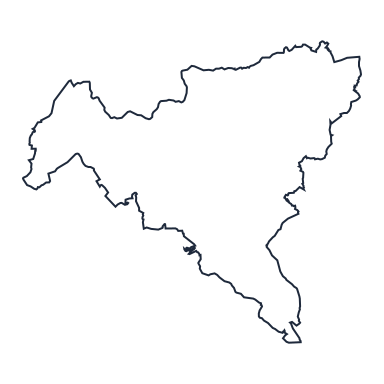 Poiana Blenchii, Salaj, Romania (Mercator projection)
{"feature_id": "2599482B10534367656456", "entity_name": "Poiana Blenchii", "entity_type": "district", "adm_level": 2, "iso_a3": "ROU", "parent_name": "Romania", "parent_adm1": "Salaj", "projection": "mercator", "projection_center": [23.787, 47.298], "detail": "fine", "context": "isolated", "style": "outline", "palette": "slate", "viewbox_px": 384, "rotation_deg": 0, "n_neighbors": 0, "source": "geoboundaries", "source_scale": "gbopen_adm2", "svg_char_len": 5906}
<svg xmlns="http://www.w3.org/2000/svg" viewBox="0 0 384 384"><path d="M299.4,338.1L292.9,328.5L291.0,323.5L290.1,322.6L292.0,321.9L296.5,325.6L299.1,323.8L300.1,322.7L298.8,320.8L299.1,319.6L297.8,316.6L298.8,312.3L299.9,309.3L299.6,308.1L300.1,306.4L299.8,298.6L299.4,296.4L297.1,289.0L296.5,288.1L294.1,286.6L292.0,284.2L286.4,279.9L285.7,278.5L282.9,276.2L280.3,271.5L277.3,260.3L272.0,255.4L269.4,250.1L266.7,247.0L266.6,246.2L267.0,245.8L266.5,245.2L267.9,243.7L269.0,241.4L272.8,237.3L274.7,235.9L278.4,230.0L280.5,229.2L281.7,224.7L282.7,222.9L288.0,218.6L298.4,213.8L298.1,213.1L298.0,212.1L298.5,211.6L298.2,211.1L297.3,210.1L295.0,209.0L295.4,207.2L295.1,205.7L293.6,206.1L292.8,205.4L292.0,205.6L291.2,204.0L289.3,202.8L288.5,200.9L287.2,199.1L286.8,199.2L286.7,199.8L287.3,199.9L288.9,202.5L287.7,201.2L286.7,200.7L285.1,198.0L285.0,197.3L284.1,198.5L284.5,197.1L285.9,194.8L287.7,195.4L288.2,194.9L288.3,193.6L288.8,193.1L293.8,192.8L294.4,191.1L295.5,191.1L299.6,187.1L303.8,189.5L303.4,188.7L303.5,187.9L303.9,187.6L303.5,186.8L303.5,185.7L302.3,183.8L303.2,183.1L302.7,178.7L303.1,177.9L303.4,172.7L302.9,171.8L300.4,170.7L301.3,169.1L300.4,167.1L299.0,166.5L300.2,165.7L299.4,164.5L299.0,162.7L301.9,161.2L303.6,158.1L305.9,156.2L306.9,158.2L307.7,157.7L310.5,158.5L314.0,158.1L314.6,158.3L315.0,159.3L317.9,158.7L320.2,159.4L322.0,159.1L324.8,157.7L325.3,155.6L326.7,154.0L326.3,151.5L326.8,149.5L328.4,147.0L331.7,143.7L331.2,141.8L331.0,136.1L332.2,135.2L330.6,134.7L329.6,129.9L330.5,124.7L330.3,121.2L331.8,123.3L341.2,116.1L340.4,114.1L344.0,113.0L346.9,113.0L348.9,111.0L350.2,108.6L351.1,105.6L350.9,104.1L351.3,102.0L355.8,100.6L357.7,99.4L359.8,97.3L359.7,96.2L358.1,93.5L354.7,90.9L355.3,90.7L353.9,89.9L354.5,89.1L354.2,87.2L355.1,87.2L354.7,85.6L356.6,85.5L357.1,83.5L358.5,81.8L357.7,80.7L358.9,79.2L358.8,77.6L360.5,75.8L361.0,74.4L360.4,70.6L359.0,66.1L359.0,62.0L359.6,59.0L359.3,56.8L347.1,57.8L341.2,60.2L334.3,62.1L332.5,56.2L330.6,52.6L330.5,51.3L329.3,51.2L327.7,49.6L327.5,49.0L328.4,49.0L327.9,48.2L325.7,47.6L326.8,46.4L328.3,43.7L326.9,42.5L325.1,43.5L323.6,41.7L322.2,41.3L320.1,42.7L319.8,43.4L320.0,44.7L319.6,45.8L317.7,48.6L316.3,49.6L316.1,51.9L311.4,50.4L310.6,48.7L311.1,47.9L309.9,47.6L305.1,44.6L303.0,44.6L302.1,46.3L301.1,46.8L296.1,47.1L295.3,45.8L291.6,49.9L289.3,51.0L288.4,50.3L287.0,47.6L286.0,47.2L284.5,48.4L284.0,49.5L283.9,52.1L283.5,52.9L277.1,52.8L272.5,54.6L269.7,57.5L262.4,57.6L260.9,59.2L259.3,61.9L253.5,65.2L250.8,65.9L249.4,66.9L249.0,67.7L247.6,67.1L246.0,68.0L243.7,67.8L242.1,68.7L241.4,67.7L240.2,67.6L235.8,69.8L234.6,69.4L234.6,68.6L233.4,68.8L231.8,68.2L228.2,68.0L224.5,69.4L221.8,67.7L218.9,68.7L216.0,68.7L213.1,70.6L208.9,69.8L203.5,70.3L194.4,66.3L191.6,65.9L187.4,69.7L182.7,70.6L181.9,71.0L181.4,72.0L181.9,77.9L183.8,80.5L184.7,83.7L186.6,86.3L186.9,87.5L186.6,93.1L184.4,100.1L182.7,101.9L181.3,102.4L178.8,101.1L175.6,101.8L173.6,100.5L168.9,99.8L166.5,100.7L161.0,101.1L160.0,101.8L158.6,104.0L158.0,107.2L156.8,109.1L153.3,112.2L152.4,113.9L152.2,117.1L150.3,118.8L149.0,119.2L145.6,118.2L141.2,115.3L137.5,115.0L130.1,111.3L127.7,112.0L121.8,117.8L117.0,118.5L114.3,117.2L112.0,118.1L110.7,117.9L108.8,115.0L105.2,111.7L104.3,109.9L104.6,107.6L99.6,100.7L98.7,98.3L97.7,97.4L96.8,97.2L93.4,98.6L92.5,98.3L91.3,96.9L91.2,96.1L91.9,92.8L90.0,89.5L89.8,82.9L89.3,81.7L83.4,81.8L80.3,83.5L77.9,82.9L75.7,84.2L73.9,86.2L71.6,82.6L70.8,80.4L70.4,80.5L68.8,81.3L54.2,100.9L51.5,113.2L49.0,116.3L41.1,120.4L41.4,121.0L41.3,122.0L37.8,122.4L34.5,127.9L32.7,128.9L34.7,130.2L35.0,131.2L34.6,131.8L33.9,131.4L32.7,132.3L31.8,134.5L30.9,135.4L29.8,138.0L29.6,141.4L29.8,142.4L29.3,144.0L29.5,144.9L31.9,145.5L31.6,148.8L35.7,148.7L35.8,149.8L35.6,150.9L35.2,150.9L35.0,153.4L33.2,159.0L28.9,160.2L31.5,163.6L31.1,167.4L31.5,169.0L30.4,172.3L26.8,176.1L23.4,177.7L23.0,178.3L23.4,179.5L27.1,185.1L30.6,186.4L34.2,188.8L36.4,189.4L37.4,188.5L37.9,187.1L39.4,187.3L41.5,185.3L43.1,184.8L46.1,182.5L49.2,182.4L50.1,181.0L48.4,173.6L55.1,171.3L56.8,168.8L58.0,167.9L67.5,162.2L75.6,154.1L77.2,153.6L78.5,153.9L80.9,157.2L82.4,161.7L83.6,163.8L85.5,165.9L88.4,167.0L90.6,167.0L93.7,168.6L94.0,169.2L93.9,170.5L99.8,179.4L96.5,181.2L99.8,186.6L100.4,185.5L101.2,184.9L102.1,185.2L104.9,187.8L108.1,192.5L105.4,196.0L115.5,206.7L117.7,204.5L120.4,203.0L121.7,202.9L124.9,204.8L127.3,204.2L128.2,203.0L127.7,202.6L125.9,203.0L125.4,202.7L125.6,199.7L129.3,198.5L132.5,198.3L132.0,196.8L132.3,194.6L134.7,192.8L135.9,192.8L136.8,194.0L135.6,195.3L136.2,197.3L136.0,201.2L139.1,207.9L139.1,210.7L143.3,213.0L142.8,214.4L143.3,215.6L142.5,217.0L142.4,218.6L142.8,219.3L143.5,219.5L142.9,222.2L143.8,228.7L146.7,227.5L151.2,228.9L158.3,229.6L162.5,227.9L162.7,227.5L162.6,226.4L164.5,224.1L165.1,224.2L165.6,228.5L175.5,228.4L177.2,229.3L178.2,230.9L182.2,230.7L183.0,233.6L183.7,233.7L183.9,236.2L194.1,244.2L195.2,245.7L191.2,247.1L189.5,248.7L189.7,249.4L189.3,249.8L188.0,249.1L188.5,248.2L186.9,247.7L186.3,248.1L186.6,249.7L185.4,249.9L184.3,248.8L184.4,249.4L185.5,251.0L186.3,251.2L187.6,250.5L189.9,250.3L195.3,247.4L194.2,249.0L190.1,251.8L189.7,253.0L188.8,253.9L189.5,254.1L196.2,250.9L197.2,252.2L198.2,252.4L199.3,254.0L199.5,255.3L200.5,255.0L200.7,259.2L198.4,262.7L198.4,263.4L200.1,266.3L199.8,268.7L202.3,273.2L208.6,275.4L210.3,274.3L214.6,273.4L217.2,274.9L219.5,277.4L224.5,281.2L229.3,282.5L231.2,283.9L231.9,285.5L234.0,287.9L235.4,291.8L236.4,292.6L240.9,293.8L244.0,297.3L253.3,298.6L255.3,299.6L259.1,302.6L261.0,303.3L260.8,304.9L261.6,305.2L262.0,306.5L259.6,310.5L258.8,313.6L258.9,316.5L259.8,317.7L261.9,318.2L264.0,320.6L268.0,323.0L272.7,327.9L275.1,329.0L278.6,331.7L282.5,332.8L283.1,331.6L283.6,331.5L284.4,330.3L284.7,331.0L284.6,332.6L286.9,334.1L285.2,335.3L283.0,338.3L286.5,341.8L288.9,342.7L300.7,342.2L300.6,341.0L299.7,339.7L299.4,338.1Z" fill="none" stroke="#1e293b" stroke-width="2"/></svg>